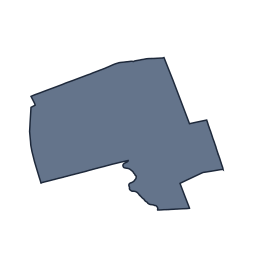 outline of Seaca, Olt, Romania, rotated 190°
{"feature_id": "2599482B6293048633875", "entity_name": "Seaca", "entity_type": "district", "adm_level": 2, "iso_a3": "ROU", "parent_name": "Romania", "parent_adm1": "Olt", "projection": "orthographic", "projection_center": [24.742, 44.162], "detail": "fine", "context": "isolated", "style": "filled", "palette": "slate", "viewbox_px": 256, "rotation_deg": 190, "n_neighbors": 0, "source": "geoboundaries", "source_scale": "gbopen_adm2", "svg_char_len": 5098}
<svg xmlns="http://www.w3.org/2000/svg" viewBox="0 0 256 256"><g transform="rotate(190 128 128)"><path d="M229.0,142.3L224.3,136.1L223.4,134.4L224.2,133.7L227.1,131.5L225.3,115.8L224.9,112.7L224.3,107.5L221.5,97.2L220.9,94.7L220.5,93.5L218.5,88.2L216.3,83.3L214.3,78.8L210.9,72.0L207.0,64.3L205.0,60.5L204.5,59.4L204.2,58.7L203.7,58.8L203.5,59.0L203.3,59.2L203.2,59.3L203.0,59.5L202.7,59.6L202.4,59.7L202.1,59.8L201.3,60.2L201.1,60.3L195.2,62.9L194.4,63.3L193.5,63.7L192.7,64.1L191.9,64.4L191.0,64.8L190.5,65.1L189.8,65.4L189.1,65.7L188.3,66.1L187.6,66.4L187.0,66.7L186.4,66.9L185.6,67.3L185.3,67.4L184.8,67.6L184.2,67.9L183.6,68.1L183.0,68.4L182.6,68.7L182.0,68.9L181.2,69.3L180.3,69.7L179.3,70.1L178.6,70.5L178.0,70.8L177.2,71.1L176.4,71.5L175.4,72.0L174.6,72.3L173.7,72.7L172.8,73.1L172.0,73.5L171.2,73.9L170.4,74.2L169.5,74.6L168.8,74.9L168.0,75.3L167.4,75.6L166.7,75.9L166.0,76.2L164.9,76.7L164.0,77.1L163.1,77.5L162.0,78.0L160.8,78.6L160.3,78.9L159.4,79.3L158.9,79.6L157.5,80.2L157.1,80.4L156.4,80.7L155.5,81.2L154.1,81.8L153.5,82.1L152.7,82.5L151.7,82.9L150.8,83.3L149.9,83.8L149.4,84.0L148.4,84.4L147.8,84.7L147.1,85.0L146.2,85.4L145.3,85.8L144.6,86.1L143.8,86.5L143.0,86.9L142.6,87.1L140.8,87.9L138.9,88.8L137.0,89.7L135.6,90.3L134.9,90.6L133.5,91.2L131.9,91.9L130.1,92.7L128.0,93.6L127.0,94.0L126.0,94.4L125.4,94.6L124.8,94.9L123.9,95.3L123.0,95.7L122.5,95.9L122.2,96.0L122.1,95.7L122.4,95.1L123.1,94.3L123.9,93.7L124.7,93.2L125.4,92.5L126.0,92.0L126.3,91.5L126.5,91.0L126.5,90.7L126.5,90.1L126.2,89.4L125.8,88.9L125.6,88.6L125.3,88.4L124.6,88.2L123.8,88.2L122.9,88.1L122.0,88.2L121.5,88.2L120.4,88.1L119.7,88.0L118.9,87.7L117.6,87.0L116.5,86.4L115.8,86.0L115.3,85.6L114.9,85.0L114.5,84.6L113.8,84.1L113.4,83.7L113.1,83.4L112.9,82.9L112.6,82.7L112.3,82.5L111.9,82.3L111.7,82.1L111.5,81.9L111.5,81.5L111.4,81.1L111.4,80.7L111.4,80.1L111.4,79.6L111.6,79.2L111.8,78.8L112.2,78.2L112.4,77.7L112.7,77.0L113.0,76.7L113.6,76.0L114.4,75.3L115.3,74.7L116.1,74.3L116.5,73.9L116.8,73.6L117.1,73.2L117.2,72.6L117.3,72.2L117.2,71.8L117.1,71.4L116.9,70.9L116.6,70.5L116.3,69.9L116.2,69.5L116.1,69.1L116.1,68.6L115.9,68.1L115.7,67.8L115.5,67.6L114.9,67.2L114.4,67.0L113.9,66.7L113.4,66.5L113.1,66.5L112.6,66.5L112.0,66.6L111.7,66.7L111.0,66.7L110.3,66.8L109.7,66.7L109.0,66.6L108.6,66.4L108.1,66.3L107.8,66.1L107.6,66.0L107.4,65.9L107.0,65.6L106.7,65.4L106.4,65.2L106.1,64.9L105.9,64.7L105.7,64.5L105.4,64.2L105.2,64.0L105.0,63.8L104.9,63.8L104.7,63.8L104.7,63.6L104.3,63.4L104.1,63.3L103.9,63.1L103.3,62.8L103.0,62.5L102.7,62.3L102.4,62.0L102.1,61.8L101.6,61.5L101.3,61.3L101.1,61.2L100.9,61.1L100.5,60.9L100.2,60.8L99.9,60.6L99.7,60.4L99.4,60.1L99.3,59.9L99.1,59.8L99.1,59.7L98.9,59.6L98.6,59.3L98.5,59.2L98.3,59.1L98.1,58.9L97.8,58.8L97.5,58.7L97.2,58.6L96.8,58.4L96.6,58.3L96.3,58.2L96.1,58.1L95.9,58.0L95.8,57.8L95.6,57.5L95.5,57.4L95.4,57.3L95.0,57.2L94.8,57.1L94.5,56.9L94.1,56.8L93.8,56.7L93.5,56.6L93.3,56.6L93.1,56.6L92.9,56.6L92.7,56.5L92.4,56.5L92.0,56.6L91.3,56.6L90.8,56.6L90.3,56.7L89.9,56.7L89.7,56.7L89.4,56.6L89.0,56.5L88.6,56.4L88.1,56.3L87.9,56.3L87.7,56.4L87.3,56.4L87.1,56.4L86.9,56.3L86.7,56.2L86.3,56.0L86.0,55.7L85.7,55.5L85.6,55.3L85.3,55.0L85.2,54.9L85.0,54.6L84.9,54.4L84.8,54.2L84.7,54.1L84.7,53.9L84.7,53.4L84.7,53.0L84.7,52.6L84.6,52.4L83.5,52.6L81.5,53.0L79.2,53.6L78.4,53.8L76.3,54.2L73.5,54.8L72.4,55.1L71.2,55.4L68.9,55.9L67.0,56.4L65.5,56.7L63.9,57.1L62.2,57.5L60.5,57.9L58.1,58.4L56.8,58.7L56.6,58.7L56.4,58.8L55.9,58.9L54.9,59.2L54.3,59.4L54.0,59.4L53.5,59.6L53.6,59.9L53.7,60.0L53.9,60.4L60.2,70.8L67.2,82.5L61.1,86.9L55.0,91.2L54.6,91.5L47.5,96.5L47.3,96.6L46.6,97.1L46.2,97.3L43.2,98.3L41.5,98.9L39.4,99.6L33.2,101.8L30.7,102.7L30.2,102.9L28.8,103.3L28.2,103.5L27.5,103.7L27.1,103.5L27.9,105.5L28.1,105.9L28.6,106.7L28.6,106.8L29.2,107.8L29.8,108.9L30.2,109.8L30.8,110.8L31.2,111.6L31.9,113.0L32.5,114.1L33.0,115.0L33.5,115.8L33.7,116.3L34.3,117.2L34.7,118.0L34.8,117.9L35.6,119.6L36.1,120.6L36.5,121.2L36.9,122.1L37.4,122.9L37.7,123.6L38.1,124.5L38.6,125.4L39.1,126.3L39.7,127.3L40.2,128.3L40.8,129.4L41.7,130.9L42.2,131.8L42.6,132.4L43.1,133.4L43.5,134.2L44.1,135.3L44.6,136.2L45.4,137.7L46.3,139.4L47.1,140.7L47.7,141.7L48.2,142.7L48.9,143.9L49.2,144.4L49.7,145.4L51.0,147.9L51.2,148.2L51.3,148.5L51.5,148.7L51.9,149.5L62.9,145.1L68.2,142.9L89.3,178.3L92.1,183.0L104.8,203.6L106.2,202.9L107.6,202.6L112.4,201.5L114.0,201.1L116.1,200.7L119.5,200.0L120.3,199.8L121.8,199.4L123.4,198.8L124.6,198.3L126.2,197.8L127.2,197.4L127.6,197.2L131.8,195.7L133.0,195.2L133.4,195.0L133.6,194.8L133.8,194.6L134.2,194.4L134.6,194.4L135.7,194.4L136.4,194.3L139.6,193.3L141.1,192.9L144.0,192.0L145.5,191.6L146.6,191.3L147.5,191.0L148.1,190.8L151.8,188.9L153.9,187.6L158.3,184.6L159.3,184.0L159.9,183.6L161.2,182.7L162.9,181.7L163.8,181.1L165.1,180.4L166.9,179.3L169.1,178.0L171.1,176.8L171.7,176.5L175.0,174.3L175.5,174.1L177.8,172.8L180.8,171.0L183.7,169.3L186.9,167.4L190.4,165.3L194.3,163.1L197.1,161.5L200.5,159.3L204.2,157.1L209.3,154.1L214.1,151.3L216.8,149.7L221.3,147.0L225.0,144.9L226.9,143.7L229.0,142.3Z" fill="#64748b" stroke="#1e293b" stroke-width="1.5"/></g></svg>